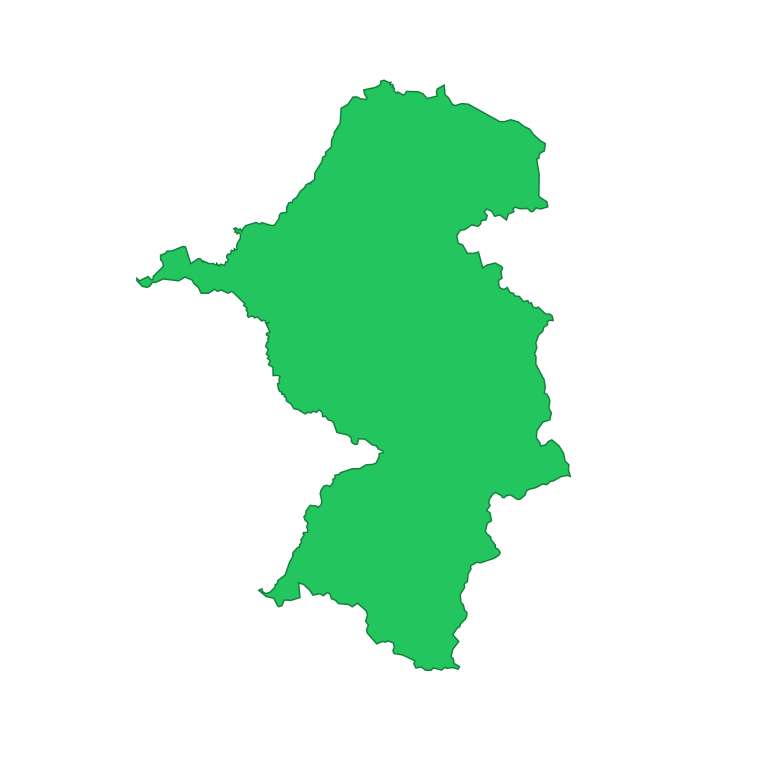 outline of Gonzalo Pizarro, Sucumbios, Ecuador, rotated 256°
{"feature_id": "8360857B84387334952145", "entity_name": "Gonzalo Pizarro", "entity_type": "district", "adm_level": 2, "iso_a3": "ECU", "parent_name": "Ecuador", "parent_adm1": "Sucumbios", "projection": "mercator", "projection_center": [-77.563, 0.112], "detail": "fine", "context": "isolated", "style": "filled", "palette": "green", "viewbox_px": 768, "rotation_deg": 256, "n_neighbors": 0, "source": "geoboundaries", "source_scale": "gbopen_adm2", "svg_char_len": 6148}
<svg xmlns="http://www.w3.org/2000/svg" viewBox="0 0 768 768"><g transform="rotate(256 384 384)"><path d="M546.2,169.8L544.0,169.3L537.2,173.1L535.1,177.5L535.7,180.5L538.7,183.9L537.8,186.7L539.3,195.3L533.8,209.9L535.9,216.8L531.1,223.1L527.6,223.8L522.6,227.3L516.4,228.5L514.5,235.5L516.9,242.6L514.2,244.8L514.6,248.9L509.8,254.7L510.7,258.3L509.5,259.8L495.5,268.4L494.2,266.8L490.8,269.6L489.4,268.2L485.8,269.2L483.8,268.0L481.5,268.6L482.1,272.5L479.4,274.5L479.9,277.3L474.7,280.5L475.1,282.8L473.8,284.2L471.8,283.8L471.4,286.7L470.0,284.4L462.0,285.9L461.4,282.1L459.8,282.0L458.0,284.0L456.2,282.2L453.2,282.1L452.6,280.4L449.0,278.2L445.4,280.1L441.4,277.1L438.7,279.1L437.0,277.2L434.1,279.2L430.8,276.6L427.0,280.3L419.0,278.4L418.3,282.6L416.5,285.1L414.1,283.3L410.4,282.9L410.0,280.8L405.0,280.4L402.0,281.0L400.9,282.7L398.7,282.5L397.8,284.8L395.8,284.3L394.4,285.8L391.2,285.2L387.3,288.9L381.7,290.7L380.2,294.2L374.0,300.3L375.0,303.5L373.6,306.1L374.7,308.5L372.9,311.9L374.5,314.1L373.9,315.6L371.2,317.1L367.2,316.6L366.8,319.5L362.5,321.3L360.9,324.4L358.7,325.7L348.4,326.6L343.4,336.4L339.7,339.1L335.9,338.5L334.2,339.3L332.3,341.5L332.2,343.7L337.0,346.0L335.1,352.2L327.9,357.8L325.7,361.7L322.5,362.6L319.0,367.2L317.7,366.6L317.6,362.5L314.3,361.5L309.3,357.3L308.7,353.7L309.9,347.1L307.7,340.2L309.4,332.7L308.5,320.3L307.3,319.2L307.2,314.3L304.6,313.9L303.8,311.3L301.1,311.0L297.6,307.1L299.5,304.2L299.5,301.0L296.3,297.3L293.1,295.6L285.1,295.3L282.0,293.8L280.1,290.0L281.7,289.4L284.1,283.1L279.8,277.8L276.4,276.5L274.4,274.1L270.6,274.6L267.8,276.8L264.0,274.4L260.3,274.8L258.6,273.8L259.3,269.9L258.3,269.2L256.7,270.0L253.0,265.7L250.1,265.5L248.6,263.4L246.1,262.6L246.2,260.7L242.5,254.9L238.6,253.7L234.1,249.4L222.6,241.9L218.9,233.4L216.1,232.0L215.4,229.7L213.1,229.1L209.5,222.9L209.2,218.7L211.3,216.3L214.8,215.9L214.1,212.6L206.4,218.2L202.7,225.3L194.6,227.1L193.3,228.3L193.7,231.4L198.5,234.8L196.6,241.7L197.1,250.8L211.6,253.0L209.1,257.4L202.1,262.0L196.3,264.0L196.1,271.0L193.2,273.9L195.3,278.2L193.5,280.8L188.4,281.0L186.0,284.5L181.9,286.8L178.7,296.2L175.5,299.3L177.7,305.3L168.3,311.8L163.8,312.1L158.2,308.9L153.9,310.5L149.7,307.6L146.2,307.6L133.6,314.1L134.6,320.1L133.2,323.2L133.7,325.7L130.7,330.3L126.4,330.5L123.2,328.2L120.1,328.5L116.6,336.5L107.8,347.1L105.4,345.3L100.7,346.3L100.5,351.7L96.4,354.9L95.4,358.0L94.9,360.6L96.6,363.2L92.5,370.6L94.4,374.7L93.0,376.0L92.1,382.5L89.3,386.9L91.4,388.9L96.0,384.3L100.4,384.8L103.2,383.0L110.0,386.7L116.2,394.3L123.5,390.3L124.8,390.9L129.4,395.9L130.1,398.6L133.2,400.8L136.1,406.0L138.9,408.2L142.3,409.2L144.9,407.5L150.5,407.5L153.9,405.8L161.6,407.2L167.0,412.9L170.6,413.5L172.2,417.2L179.3,419.6L183.4,423.6L186.7,424.0L188.6,431.1L187.2,434.0L188.3,449.0L190.3,454.4L192.5,455.9L195.8,454.9L198.2,452.3L200.9,453.1L207.4,450.0L209.5,450.6L214.4,447.2L216.8,446.9L223.8,450.4L225.3,455.1L233.5,455.7L236.5,452.9L240.4,457.5L243.2,456.8L246.7,458.5L250.6,462.7L251.7,466.0L247.3,471.0L245.4,471.3L244.6,472.9L246.0,475.9L245.8,480.0L239.9,485.4L239.2,487.9L242.0,493.8L245.7,496.3L246.7,499.1L246.7,506.2L248.6,513.8L247.0,517.6L249.5,522.4L248.9,524.5L251.4,533.7L250.8,540.2L249.3,542.4L255.8,542.1L261.0,543.8L265.2,541.1L273.4,541.4L281.9,538.7L289.2,533.3L288.4,529.4L285.8,526.1L285.9,521.0L289.5,521.0L294.7,518.8L301.6,521.0L308.6,528.9L309.1,536.2L315.5,539.4L320.7,538.1L327.4,540.8L330.1,540.8L334.7,539.5L336.5,537.4L342.0,539.7L349.2,540.4L366.5,536.1L374.0,538.1L376.8,537.4L382.1,541.0L387.2,541.2L394.2,546.0L396.6,550.7L400.4,552.8L402.0,557.1L404.8,557.6L405.8,559.3L404.7,563.5L409.3,563.6L411.7,561.8L412.8,557.7L421.2,552.4L421.0,549.9L422.7,547.1L427.1,546.7L427.3,544.3L430.2,543.7L430.2,539.2L436.1,536.6L438.0,531.8L440.5,531.8L442.3,528.3L447.8,527.0L446.7,523.3L448.6,520.5L451.0,519.2L456.7,520.1L458.0,524.0L464.5,524.6L467.9,527.1L469.6,526.5L474.5,521.1L474.5,512.7L472.9,507.9L489.2,507.5L489.0,503.0L490.6,496.5L500.1,493.9L502.5,490.1L510.3,490.4L514.6,495.1L514.3,500.0L517.2,507.5L514.3,513.4L515.7,516.2L519.1,518.1L518.6,522.7L522.5,524.9L526.7,522.9L529.0,525.7L525.6,530.3L520.0,531.9L520.0,537.4L513.5,542.5L519.0,545.9L519.4,551.0L520.1,551.8L522.4,551.3L524.0,553.9L521.1,558.4L519.6,565.6L515.6,568.5L515.5,570.5L518.1,574.0L515.9,578.5L516.3,585.8L521.4,586.1L527.8,580.1L529.4,579.9L550.1,585.3L565.2,586.5L565.7,589.1L568.6,589.7L570.3,591.7L571.4,596.0L578.2,598.7L582.4,594.4L589.9,589.4L596.1,586.9L600.1,582.1L605.7,577.8L609.7,570.9L609.4,564.0L610.7,559.6L635.1,533.5L637.3,527.1L636.9,520.5L638.7,518.0L646.3,515.8L649.8,513.2L659.4,514.7L657.4,507.1L654.7,505.5L650.5,505.3L650.6,494.9L656.0,492.1L659.2,488.0L662.5,476.7L659.8,473.9L659.8,472.5L664.1,468.0L662.8,466.8L665.7,464.6L668.6,465.5L669.8,463.8L670.8,465.0L672.3,464.9L672.9,462.3L675.1,463.7L675.5,461.3L678.7,457.6L678.6,454.2L675.8,453.2L674.7,451.5L673.8,446.5L674.3,435.6L670.3,435.3L665.3,436.7L664.5,435.0L666.4,430.3L669.1,427.1L669.9,423.3L664.1,416.7L661.9,409.1L647.7,404.6L639.7,396.2L638.0,396.1L633.5,392.2L626.6,390.2L622.9,383.2L620.0,382.9L618.7,379.4L614.5,377.3L605.5,368.0L599.0,366.0L597.3,361.5L596.0,361.3L597.0,359.9L596.1,356.6L593.5,354.1L591.2,349.4L586.0,344.2L584.8,340.5L582.1,338.5L583.1,337.0L582.7,335.4L578.9,332.2L574.2,331.1L574.7,325.4L573.1,323.3L569.8,322.1L564.4,315.9L565.6,311.9L570.0,304.8L569.3,301.9L571.7,298.9L571.1,288.1L568.7,284.6L566.2,283.1L569.3,282.0L568.7,280.3L571.4,277.8L570.9,275.8L569.1,277.1L567.5,276.1L566.7,277.6L565.2,277.9L566.3,279.3L564.4,281.0L560.2,279.9L555.9,275.7L553.3,274.2L550.7,274.3L550.0,272.7L551.5,271.5L549.4,270.8L550.6,268.2L547.0,266.4L547.8,264.2L546.5,262.5L545.0,261.9L542.2,262.9L540.1,261.3L540.7,260.0L537.5,258.1L539.8,254.4L538.4,252.8L541.4,250.9L540.0,250.5L540.5,249.0L542.0,247.9L543.2,243.2L546.9,238.6L546.0,237.7L549.2,236.7L550.6,234.4L547.5,225.6L565.1,224.5L566.1,221.8L564.4,210.2L565.4,205.7L563.5,203.2L563.1,198.4L558.6,197.3L555.6,198.9L551.5,198.3L544.2,186.2L541.3,185.2L541.3,183.5L545.3,181.0L543.2,171.8L546.2,169.8Z" fill="#22c55e" stroke="#15803d" stroke-width="1.5"/></g></svg>